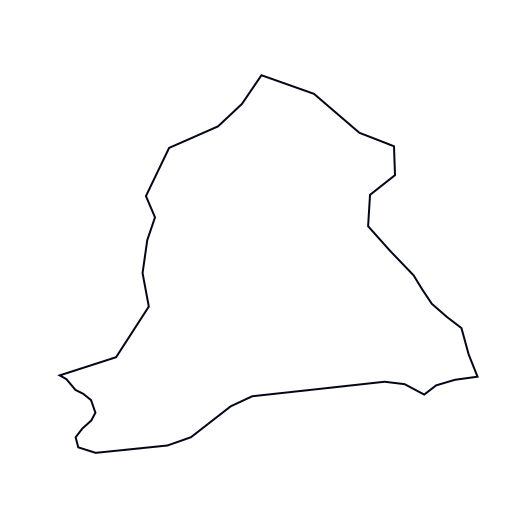 the border of Peravia, rotated 354°
{"feature_id": "DOM-1977", "entity_name": "Peravia", "entity_type": "Province", "adm_level": 1, "iso_a3": "DOM", "parent_name": "Dominican Republic", "parent_adm1": "", "projection": "robinson", "projection_center": [-70.38, 18.354], "detail": "fine", "context": "isolated", "style": "outline", "palette": "ink", "viewbox_px": 512, "rotation_deg": 354, "n_neighbors": 0, "source": "natural_earth", "source_scale": "10m", "svg_char_len": 694}
<svg xmlns="http://www.w3.org/2000/svg" viewBox="0 0 512 512"><g transform="rotate(354 256 256)"><path d="M463.7,399.2L441.0,399.9L421.6,403.5L408.8,411.4L390.4,399.0L370.8,394.5L237.6,395.1L215.2,402.8L172.4,429.4L148.1,435.2L75.9,435.0L59.2,427.7L57.7,417.4L65.3,409.4L75.0,402.4L79.9,395.1L76.9,382.1L69.8,375.0L62.5,370.4L54.6,358.7L48.3,354.2L106.3,342.0L144.1,295.1L141.4,261.1L149.5,228.9L159.6,207.0L152.8,184.9L180.9,139.4L231.8,123.1L257.9,103.3L280.3,76.8L330.6,100.8L371.7,144.3L404.7,161.3L402.7,190.1L375.8,207.1L370.6,238.1L389.8,264.8L410.7,291.7L418.0,307.0L425.9,322.0L439.5,336.6L452.8,349.2L457.2,376.1L463.7,399.2Z" fill="none" stroke="#020617" stroke-width="2"/></g></svg>